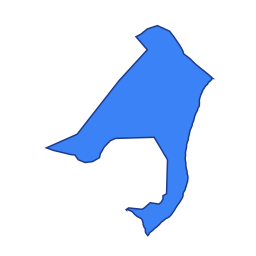 Malgretoute, Soufrière, Saint Lucia, rotated 186°
{"feature_id": "8701671B92996832063401", "entity_name": "Malgretoute", "entity_type": "district", "adm_level": 2, "iso_a3": "LCA", "parent_name": "Saint Lucia", "parent_adm1": "Soufrière", "projection": "albers", "projection_center": [-61.062, 13.843], "detail": "fine", "context": "isolated", "style": "filled", "palette": "blue", "viewbox_px": 256, "rotation_deg": 186, "n_neighbors": 0, "source": "geoboundaries", "source_scale": "gbopen_adm2", "svg_char_len": 3458}
<svg xmlns="http://www.w3.org/2000/svg" viewBox="0 0 256 256"><g transform="rotate(186 128 128)"><path d="M86.2,64.2L85.7,61.3L87.0,58.0L89.3,55.6L98.1,56.0L103.3,50.3L105.6,48.6L115.4,48.6L119.0,48.6L121.3,46.6L120.7,46.1L120.7,46.3L120.1,47.3L118.4,46.4L118.0,46.2L117.2,46.0L115.5,45.5L113.8,44.2L112.7,43.1L111.7,42.4L110.4,41.5L109.5,41.0L108.7,40.7L107.5,40.1L107.1,40.0L104.9,38.9L104.1,37.6L103.9,37.1L102.9,35.1L102.9,33.7L101.4,30.7L100.8,30.2L100.3,29.9L100.0,28.1L100.1,27.9L99.9,27.5L99.9,26.6L99.1,25.2L97.1,23.1L96.7,23.6L96.3,24.1L96.2,24.4L96.1,24.7L96.0,25.1L95.9,25.6L95.7,25.8L95.3,26.3L94.8,26.8L94.4,27.2L94.3,27.3L93.7,27.8L93.4,28.1L93.2,28.4L92.7,28.8L92.4,29.2L92.1,29.6L91.7,30.0L91.4,30.4L91.0,30.9L90.8,31.3L90.6,31.5L90.2,31.7L90.0,31.8L89.8,32.0L89.4,32.3L89.1,32.6L88.8,33.0L88.5,33.3L88.2,33.6L87.7,34.2L87.5,34.5L86.9,35.1L86.4,35.9L86.0,36.3L85.8,36.7L85.3,37.6L85.0,37.9L84.2,38.6L83.2,39.4L82.5,40.2L81.6,41.1L81.0,41.7L80.5,42.1L79.6,42.6L78.9,43.1L78.1,43.5L77.7,44.0L77.2,44.6L76.5,45.5L75.9,46.4L75.4,47.2L74.8,48.2L74.6,48.7L73.6,50.5L73.0,51.8L72.2,53.4L71.0,55.9L70.4,56.9L69.7,58.1L69.2,59.0L68.3,60.7L67.4,62.6L66.7,64.2L66.4,65.2L66.2,66.2L66.2,67.1L66.4,68.2L66.4,68.6L66.2,69.4L66.0,69.7L65.8,70.4L65.1,71.7L64.6,73.2L64.5,73.7L64.5,74.8L64.4,75.3L64.1,76.1L63.9,76.4L63.9,77.1L63.8,77.6L63.8,78.3L63.7,78.7L63.6,79.3L63.3,80.4L63.3,80.8L63.1,81.5L63.2,82.1L63.2,82.9L63.2,83.2L63.1,83.6L63.1,84.2L63.2,84.8L63.3,85.6L63.5,86.7L63.8,87.4L64.1,87.9L64.3,88.2L64.4,88.9L64.6,90.3L64.8,91.0L64.8,91.4L65.1,92.0L65.3,92.5L65.5,92.7L65.5,93.2L65.8,93.8L66.1,95.0L66.3,95.9L66.5,96.4L66.6,97.1L66.6,97.4L66.6,97.9L66.8,98.7L67.3,100.9L67.5,101.7L67.6,102.0L67.7,102.3L67.8,102.7L67.9,103.2L68.0,103.6L68.0,104.2L68.0,104.9L67.9,105.7L67.9,106.4L67.9,106.8L68.0,107.4L68.0,107.8L68.2,108.5L68.3,109.7L68.3,110.4L68.3,111.2L68.1,112.1L68.1,112.6L67.9,113.5L67.8,114.8L67.8,115.7L67.9,116.6L68.0,117.4L67.9,118.0L67.9,118.5L67.6,119.4L67.6,119.8L67.3,121.1L66.9,122.3L66.8,123.6L66.8,124.0L66.9,124.7L66.8,125.7L66.6,126.9L66.4,127.9L66.5,128.1L66.4,128.7L66.3,129.6L66.2,129.9L66.2,130.4L66.1,131.6L65.8,132.8L65.4,134.1L65.2,134.9L64.8,136.0L64.5,137.3L64.5,138.3L64.4,139.3L64.0,140.5L63.6,141.8L63.4,142.3L63.4,143.0L63.2,144.0L63.2,144.8L63.1,145.6L62.9,146.3L62.8,146.6L62.8,147.1L62.7,147.6L62.5,148.1L62.5,148.4L62.2,149.0L62.0,149.8L61.9,150.2L61.2,151.7L61.1,152.0L60.8,152.7L60.7,153.5L60.6,154.4L60.6,154.7L60.4,155.3L60.2,155.8L59.9,156.1L59.7,156.6L59.5,157.1L59.4,157.5L59.3,158.1L59.5,158.9L59.6,159.8L59.5,160.4L59.6,160.8L59.8,161.2L59.8,161.8L60.0,163.2L59.9,163.8L59.8,164.3L59.7,165.5L59.5,166.3L59.2,167.8L59.0,168.8L58.5,170.3L58.0,171.6L57.7,172.2L57.8,172.5L57.7,172.9L57.4,173.8L57.1,174.3L56.5,175.4L55.8,176.9L55.4,177.6L55.2,178.1L54.4,178.8L53.7,179.5L53.5,179.8L53.2,180.4L53.1,180.9L52.9,181.6L52.5,182.2L52.1,182.4L51.5,182.9L51.3,183.2L50.9,183.8L50.5,184.3L50.2,184.5L49.9,184.8L49.9,185.3L49.9,185.7L49.8,185.9L49.4,186.2L49.2,186.2L48.9,186.2L54.7,190.3L66.8,198.0L73.6,203.4L80.2,207.4L81.8,210.8L85.1,215.5L91.9,223.5L96.8,228.6L97.4,228.8L109.5,232.9L119.0,228.6L125.2,222.5L129.6,219.6L117.0,207.8L141.8,174.2L178.0,116.4L207.1,99.7L199.5,97.9L182.2,95.6L178.0,95.6L174.1,91.2L167.2,89.2L159.7,90.9L153.2,95.6L152.9,100.0L152.5,100.1L149.6,106.7L144.1,113.7L139.2,116.4L101.0,121.5L85.4,100.6L82.8,66.7L86.2,64.2Z" fill="#3b82f6" stroke="#1e3a8a" stroke-width="1.5"/></g></svg>